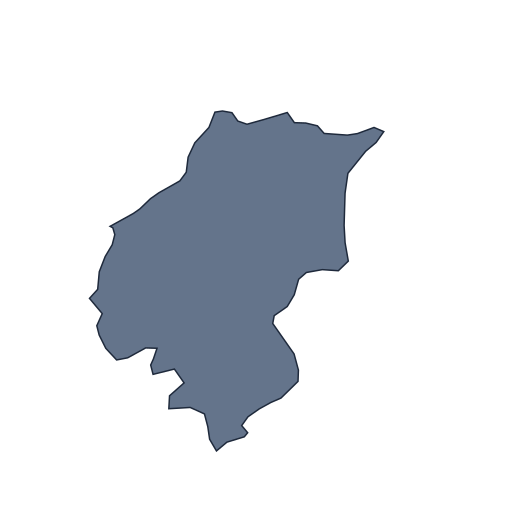 Pyeongtaek-si, Gyeonggi, South Korea, rotated 145°
{"feature_id": "91817680B85680883794904", "entity_name": "Pyeongtaek-si", "entity_type": "district", "adm_level": 2, "iso_a3": "KOR", "parent_name": "South Korea", "parent_adm1": "Gyeonggi", "projection": "natural_earth1", "projection_center": [127.012, 37.017], "detail": "fine", "context": "isolated", "style": "filled", "palette": "slate", "viewbox_px": 512, "rotation_deg": 145, "n_neighbors": 0, "source": "geoboundaries", "source_scale": "gbopen_adm2", "svg_char_len": 1128}
<svg xmlns="http://www.w3.org/2000/svg" viewBox="0 0 512 512"><g transform="rotate(145 256 256)"><path d="M416.7,316.8L415.0,297.0L426.4,290.2L429.8,281.2L432.0,266.5L429.8,250.8L419.5,246.2L399.1,244.0L390.0,237.2L399.1,230.5L404.8,227.1L408.2,218.1L387.7,210.2L387.7,193.3L407.0,191.1L415.0,180.9L396.8,169.7L388.8,156.2L393.4,143.8L399.1,132.5L400.2,119.0L386.6,120.2L369.3,114.6L364.2,116.0L365.0,125.3L354.8,128.9L341.0,128.9L327.9,127.5L317.0,125.3L293.5,129.2L286.7,138.2L281.0,153.9L281.0,177.6L281.0,191.1L275.3,196.7L259.4,196.7L246.9,202.3L234.4,212.5L224.2,213.6L209.5,206.8L197.0,196.7L183.3,198.9L175.4,215.8L166.3,230.5L147.0,256.4L133.3,271.0L106.1,278.9L92.5,280.1L80.0,284.6L85.6,293.6L102.7,298.1L111.8,302.6L129.9,317.3L131.0,327.4L139.0,336.4L148.1,343.2L148.1,355.6L171.9,363.5L187.8,369.1L193.5,377.0L193.5,387.2L200.3,394.0L207.1,397.4L220.8,388.3L241.2,383.8L254.9,375.9L265.1,364.6L275.3,361.2L299.2,363.5L309.4,363.5L324.2,361.2L332.1,361.2L358.5,364.0L357.1,361.2L359.4,354.5L367.3,347.7L379.8,342.1L393.4,333.0L404.8,319.5L416.7,316.8Z" fill="#64748b" stroke="#1e293b" stroke-width="1.5"/></g></svg>